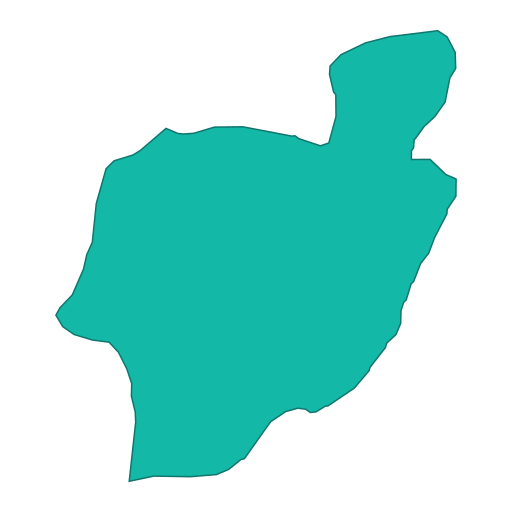 San Jacinto, Chiquimula, Guatemala
{"feature_id": "79465075B29365665250893", "entity_name": "San Jacinto", "entity_type": "district", "adm_level": 2, "iso_a3": "GTM", "parent_name": "Guatemala", "parent_adm1": "Chiquimula", "projection": "mercator", "projection_center": [-89.507, 14.679], "detail": "fine", "context": "isolated", "style": "filled", "palette": "teal", "viewbox_px": 512, "rotation_deg": 0, "n_neighbors": 0, "source": "geoboundaries", "source_scale": "gbopen_adm2", "svg_char_len": 1202}
<svg xmlns="http://www.w3.org/2000/svg" viewBox="0 0 512 512"><path d="M166.0,128.4L140.4,150.4L132.9,155.0L114.1,160.8L106.1,168.7L96.3,203.4L92.3,242.3L86.8,254.6L83.5,269.1L72.3,294.9L60.0,307.7L55.9,315.2L62.8,326.7L74.1,334.5L92.3,340.0L109.1,342.2L118.4,352.2L126.8,368.8L131.7,383.6L131.4,396.2L135.2,411.8L135.7,422.1L129.2,481.3L153.7,476.1L190.2,476.7L216.3,474.6L228.7,469.4L241.1,459.4L244.4,458.7L264.6,430.1L270.8,421.6L285.6,411.6L297.8,408.2L305.7,409.2L310.3,412.5L316.0,411.9L325.2,406.2L328.0,405.9L354.3,388.1L369.1,370.7L369.9,367.5L385.5,347.5L386.6,343.2L395.9,334.7L400.7,323.3L401.0,310.7L403.7,302.3L406.2,299.9L411.1,283.9L413.6,281.5L420.7,263.4L428.7,253.2L434.6,237.6L446.9,213.8L447.2,209.3L455.9,196.2L456.1,179.0L445.8,174.5L430.1,159.4L411.4,159.5L411.5,150.7L413.5,148.0L414.2,139.9L417.0,136.4L424.2,126.4L434.8,116.6L445.1,102.1L449.9,77.9L455.7,68.4L455.2,52.3L447.2,37.0L437.8,30.7L389.9,36.6L365.7,42.8L341.0,54.6L330.1,66.0L329.5,74.4L333.6,92.0L335.8,94.6L336.0,116.5L328.8,143.0L320.4,145.8L298.7,138.6L295.1,135.8L291.7,136.1L242.9,126.8L214.4,127.1L193.6,133.3L183.4,134.0L177.7,133.4L166.0,128.4Z" fill="#14b8a6" stroke="#0f766e" stroke-width="1.5"/></svg>